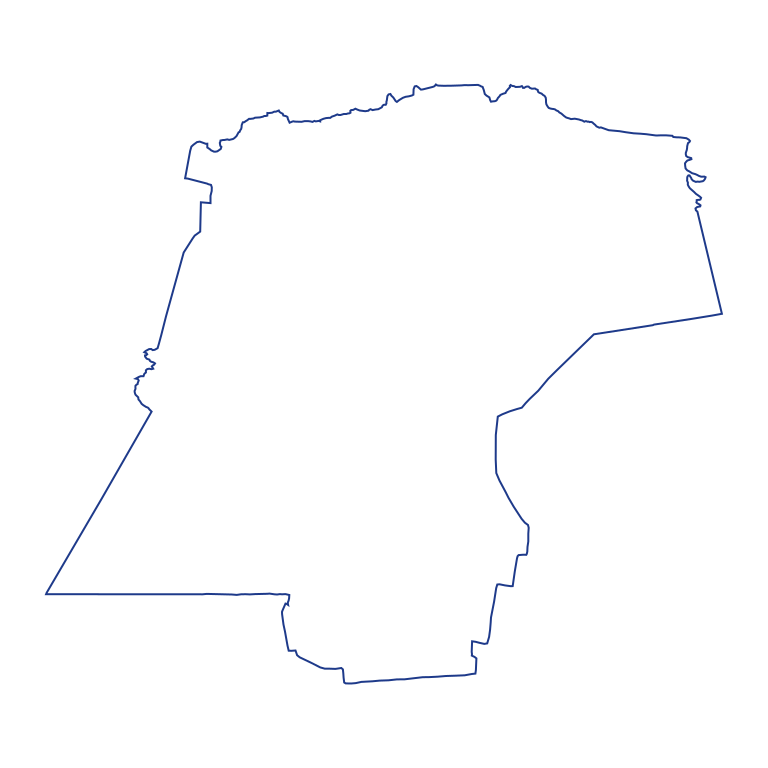 Thma Koul, Batdâmbâng, Cambodia
{"feature_id": "14789045B92416650165307", "entity_name": "Thma Koul", "entity_type": "district", "adm_level": 2, "iso_a3": "KHM", "parent_name": "Cambodia", "parent_adm1": "Batdâmbâng", "projection": "orthographic", "projection_center": [103.109, 13.249], "detail": "fine", "context": "isolated", "style": "outline", "palette": "blue", "viewbox_px": 768, "rotation_deg": 0, "n_neighbors": 0, "source": "geoboundaries", "source_scale": "gbopen_adm2", "svg_char_len": 6056}
<svg xmlns="http://www.w3.org/2000/svg" viewBox="0 0 768 768"><path d="M185.1,178.3L187.8,178.6L207.1,183.6L208.3,184.2L211.0,184.9L211.8,187.3L211.7,191.0L210.5,195.8L210.5,203.1L200.9,202.3L200.2,231.6L194.7,235.6L192.7,238.4L183.7,252.5L166.0,316.4L161.2,335.3L158.8,344.1L157.6,348.2L154.7,349.8L152.7,350.1L151.2,349.0L149.1,349.1L145.6,351.0L144.3,352.2L146.5,353.2L147.2,354.3L146.3,355.1L145.0,355.4L145.1,356.6L146.7,358.7L149.4,359.6L149.9,360.8L151.1,361.7L153.5,362.4L155.0,363.4L154.1,364.7L152.8,365.4L151.8,366.4L153.2,368.7L151.4,369.2L149.2,368.7L147.2,369.1L145.9,370.3L145.9,372.5L145.0,373.2L144.3,373.9L143.5,376.2L140.7,376.2L138.9,376.9L135.8,378.6L137.9,379.1L138.7,380.5L137.8,382.8L137.6,384.1L136.6,384.6L135.5,385.7L135.4,387.0L135.5,388.8L134.6,391.0L134.7,392.2L135.1,393.7L135.6,394.8L138.2,397.3L138.5,399.5L140.0,401.2L141.6,403.8L143.2,405.1L146.0,406.9L147.8,407.6L148.6,408.3L149.2,409.2L151.6,411.6L101.5,499.0L46.7,592.7L46.1,594.2L202.5,594.3L206.7,593.9L231.8,594.5L236.7,594.9L241.0,594.3L245.6,594.2L249.9,594.4L254.9,594.1L267.2,593.8L269.5,593.6L274.4,594.3L277.1,594.5L279.9,594.1L282.0,594.3L285.5,594.1L289.3,595.0L289.1,598.3L288.6,600.6L287.9,602.3L287.8,603.3L288.1,604.9L286.8,604.0L285.5,603.6L282.5,610.5L282.0,611.9L282.1,614.3L283.5,624.6L285.0,631.6L287.5,645.6L288.7,650.7L291.4,650.8L295.5,650.5L297.1,655.2L299.7,657.3L311.6,663.0L320.2,667.4L324.9,668.7L330.0,668.7L335.5,668.9L341.3,668.0L342.9,669.4L343.3,673.3L343.6,677.7L344.2,682.5L345.7,683.4L351.2,683.5L355.8,683.1L361.4,681.9L372.3,681.3L379.9,680.6L388.5,680.3L396.9,679.4L404.7,679.3L422.7,677.2L429.4,677.1L437.4,676.7L446.0,676.0L455.3,675.7L464.7,675.3L471.8,674.0L475.4,673.6L475.9,670.0L476.4,658.4L474.5,656.9L471.8,655.6L472.0,654.2L471.7,651.9L472.1,641.3L475.6,641.8L479.4,642.8L484.3,643.9L487.2,643.4L489.1,636.9L490.1,629.6L490.7,622.3L491.0,617.5L494.1,601.6L496.2,588.1L497.3,584.5L499.6,584.3L505.0,585.4L510.9,586.2L512.7,586.1L514.8,571.4L517.0,558.4L517.6,556.2L518.6,555.1L523.4,554.7L526.3,554.8L526.8,553.8L527.3,551.6L527.5,546.9L528.3,541.5L528.3,533.7L528.7,527.8L528.0,525.0L524.9,522.7L521.6,518.8L513.7,506.7L508.5,497.8L505.7,492.2L499.5,480.6L496.3,473.1L495.7,459.6L495.8,435.0L497.8,416.6L502.3,414.3L509.8,411.3L517.1,409.0L521.8,407.7L525.6,403.2L529.8,398.8L538.2,390.8L548.3,378.7L557.0,370.1L593.9,334.3L652.8,325.2L654.0,324.6L692.2,318.8L711.9,315.6L721.9,313.8L697.4,211.6L695.9,210.3L695.5,208.4L697.2,207.0L700.2,206.4L700.5,205.3L699.5,204.5L698.3,203.8L697.1,203.2L696.4,202.4L696.7,201.3L696.7,200.1L697.8,199.9L699.4,199.9L700.4,199.5L701.1,197.8L700.1,196.8L698.2,195.4L696.0,193.9L694.0,191.9L689.9,188.3L688.7,186.5L687.8,184.7L687.9,182.6L687.1,180.7L687.2,179.4L687.2,177.7L687.5,176.5L688.4,175.4L689.5,175.4L691.3,178.2L691.6,179.2L693.1,180.7L695.8,181.9L697.5,181.6L699.4,181.8L702.8,181.2L703.8,180.5L704.5,179.6L705.1,178.7L705.6,177.2L704.4,176.6L701.2,176.7L698.9,175.9L697.3,175.0L695.3,174.1L692.1,173.2L689.3,171.4L687.3,170.4L685.6,168.5L685.2,166.0L685.0,163.3L686.2,161.7L687.4,160.5L689.5,159.9L691.4,159.2L691.2,158.1L687.7,157.1L686.2,156.0L685.8,154.3L685.8,152.9L686.8,149.9L687.1,148.0L687.2,146.2L688.0,143.1L689.3,142.2L690.0,141.0L688.9,139.7L686.4,138.2L680.1,137.4L676.6,137.3L673.3,137.0L672.4,135.8L665.7,135.3L661.4,135.3L656.5,135.5L655.3,135.4L646.3,134.2L640.4,133.7L633.6,133.3L625.6,132.2L619.6,131.2L608.7,130.2L600.9,127.4L599.3,127.7L596.5,126.4L595.2,124.9L593.5,123.5L592.4,122.4L591.0,121.9L589.6,122.1L588.7,121.6L587.5,121.7L586.3,121.2L585.4,121.2L584.3,121.7L582.3,120.5L580.7,120.1L579.0,119.5L574.8,118.7L571.0,119.1L569.2,118.4L567.4,117.9L566.2,117.5L564.0,115.9L561.4,113.6L559.3,112.4L558.2,111.2L556.3,110.4L555.0,109.4L553.5,109.0L552.2,108.9L550.3,108.5L548.7,107.9L547.7,106.6L546.4,104.4L546.0,102.2L546.0,99.8L545.7,97.6L544.5,95.8L543.1,95.0L541.6,93.6L539.9,93.0L538.4,92.2L537.9,91.0L537.7,89.9L536.2,89.3L535.0,88.5L531.9,88.7L529.9,87.9L528.6,86.6L527.1,86.5L525.6,86.9L524.2,87.9L523.0,87.9L522.6,86.9L521.9,86.1L520.0,86.8L515.7,87.0L513.9,86.1L512.3,86.0L510.6,85.0L509.8,85.9L510.0,87.1L507.9,89.3L506.1,91.6L505.5,93.0L502.9,93.8L500.4,94.9L499.5,96.3L497.9,98.0L497.1,99.6L496.3,100.6L494.9,101.2L492.5,101.4L491.0,101.7L490.2,100.2L489.4,97.4L486.5,95.6L484.8,94.0L483.8,90.1L482.6,86.9L481.1,86.4L480.2,85.8L478.0,84.9L468.4,85.2L464.6,85.1L461.4,85.4L451.8,85.7L443.8,85.8L438.4,85.6L437.0,85.3L435.9,84.5L434.5,86.2L432.8,86.9L422.8,89.4L420.9,89.6L418.2,87.2L416.4,86.0L414.7,86.4L413.6,89.2L413.4,94.7L411.9,95.5L408.9,96.3L405.6,96.8L402.9,97.8L399.3,100.0L396.9,101.9L395.7,101.1L393.3,97.5L391.4,95.7L390.4,94.0L388.6,94.4L387.4,96.1L386.8,100.5L386.4,101.8L386.4,103.5L385.7,104.8L384.5,104.7L383.6,104.9L382.6,105.7L381.8,107.3L378.3,109.2L375.6,109.5L372.6,110.1L370.5,109.2L369.2,109.8L368.5,110.7L365.2,111.2L359.7,110.5L357.1,109.5L355.4,108.7L353.2,109.9L351.1,110.1L350.3,110.9L350.5,112.7L349.5,113.3L347.8,113.5L346.3,114.0L343.8,114.0L340.5,115.0L338.8,115.0L337.3,114.4L334.6,115.7L331.9,116.6L330.2,117.9L328.1,117.9L326.0,118.1L323.4,118.8L320.2,120.2L320.2,121.4L318.7,120.9L315.8,121.4L314.4,120.9L312.5,121.9L310.5,121.4L307.9,121.1L304.7,121.1L301.6,121.8L294.8,121.6L293.6,121.3L292.5,121.5L289.6,122.7L287.9,119.0L287.5,117.1L286.6,116.4L285.4,116.0L283.3,115.5L282.7,113.7L281.3,113.1L279.5,111.9L278.8,110.5L275.8,111.7L274.2,111.7L272.1,112.7L268.5,113.1L267.4,113.0L267.3,115.6L265.8,116.0L264.2,116.0L263.2,116.6L259.9,117.4L255.0,117.7L253.4,118.5L250.1,118.9L249.1,118.8L246.9,120.5L245.6,121.2L244.3,122.2L242.8,122.3L241.8,124.8L241.6,125.9L241.6,127.0L241.2,128.9L240.4,130.0L239.5,132.0L238.6,132.3L236.5,136.1L234.4,138.1L233.0,139.0L229.2,139.9L227.3,139.4L224.3,140.0L223.0,140.0L220.5,140.5L220.3,141.7L219.8,142.9L220.3,145.8L221.4,146.9L220.7,149.0L217.4,151.3L215.5,151.7L214.1,151.7L211.2,150.4L209.6,149.0L207.3,147.5L207.3,143.7L205.8,143.8L199.8,141.6L197.0,142.1L193.6,144.6L191.4,146.6L190.2,150.7L185.1,178.3Z" fill="none" stroke="#1e3a8a" stroke-width="2"/></svg>